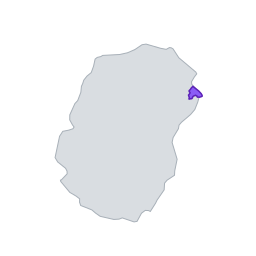 where Dojran sits in North Macedonia, rotated 306°
{"feature_id": "MKD-3000", "entity_name": "Dojran", "entity_type": "Statistical Region", "adm_level": 1, "iso_a3": "MKD", "parent_name": "North Macedonia", "parent_adm1": "", "projection": "natural_earth1", "projection_center": [22.654, 41.217], "detail": "fine", "context": "in_parent", "style": "filled", "palette": "violet", "viewbox_px": 256, "rotation_deg": 306, "n_neighbors": 0, "source": "natural_earth", "source_scale": "10m", "svg_char_len": 1825}
<svg xmlns="http://www.w3.org/2000/svg" viewBox="0 0 256 256"><g transform="rotate(306 128 128)"><path d="M116.6,70.7L120.6,71.2L129.1,68.9L134.4,65.8L137.1,65.3L140.7,64.1L145.9,64.3L151.2,65.7L157.8,63.8L164.4,60.9L167.0,61.6L169.9,64.1L171.8,64.8L182.6,78.1L188.6,83.4L195.6,87.5L203.6,90.4L206.5,93.3L211.6,107.4L214.1,112.7L217.5,114.3L218.3,115.9L218.5,117.9L214.7,127.8L213.1,150.0L212.2,151.8L208.2,151.7L202.8,152.2L200.8,153.9L198.6,165.8L190.0,169.2L182.2,171.2L175.7,170.7L164.1,167.9L160.3,167.6L157.1,169.2L146.8,170.1L142.2,172.2L131.6,186.1L120.8,191.0L117.1,193.4L108.8,190.3L104.9,190.0L99.2,193.6L86.7,193.9L83.3,194.5L73.6,195.1L73.3,193.2L71.5,190.4L67.0,189.0L57.8,190.2L55.6,188.1L51.9,176.2L49.0,174.3L45.7,170.3L40.2,157.4L40.1,151.8L40.5,146.9L37.5,135.3L39.5,132.4L42.3,130.5L42.4,125.9L41.7,118.8L45.2,105.0L46.1,104.0L46.9,104.6L55.2,105.7L57.3,104.0L58.7,101.2L59.2,91.1L61.2,86.4L81.1,77.5L87.0,77.2L91.4,81.3L95.0,83.9L97.1,83.8L97.9,81.2L100.3,76.1L104.4,73.2L116.5,70.7L116.6,70.7Z" fill="#d9dde1" stroke="#a8b0b8" stroke-width="1"/><path d="M199.8,156.2L199.8,156.5L199.5,163.5L198.8,167.0L198.0,168.8L197.2,169.3L196.3,168.8L195.0,167.8L194.5,167.1L194.2,166.4L193.8,166.0L194.3,165.3L194.2,165.2L194.2,164.8L194.3,164.1L194.2,163.4L194.0,163.2L193.7,163.2L193.0,162.7L192.5,162.3L192.0,162.1L191.4,162.1L191.0,162.1L190.7,162.2L190.4,162.4L190.1,162.4L189.5,162.4L189.1,162.3L188.7,161.7L188.4,161.3L187.9,161.1L187.5,160.7L187.4,160.2L187.6,160.2L188.1,160.0L188.7,159.6L189.3,158.8L189.8,158.1L190.2,157.6L191.6,157.7L192.7,157.6L193.1,157.4L193.3,156.9L193.3,156.4L193.7,155.8L194.2,155.5L194.9,155.6L195.8,155.8L196.1,155.8L196.7,155.7L197.2,155.7L197.8,155.7L198.3,155.8L198.9,155.9L199.7,156.1L199.8,156.1L199.8,156.2Z" fill="#8b5cf6" stroke="#5b21b6" stroke-width="1.5"/></g></svg>